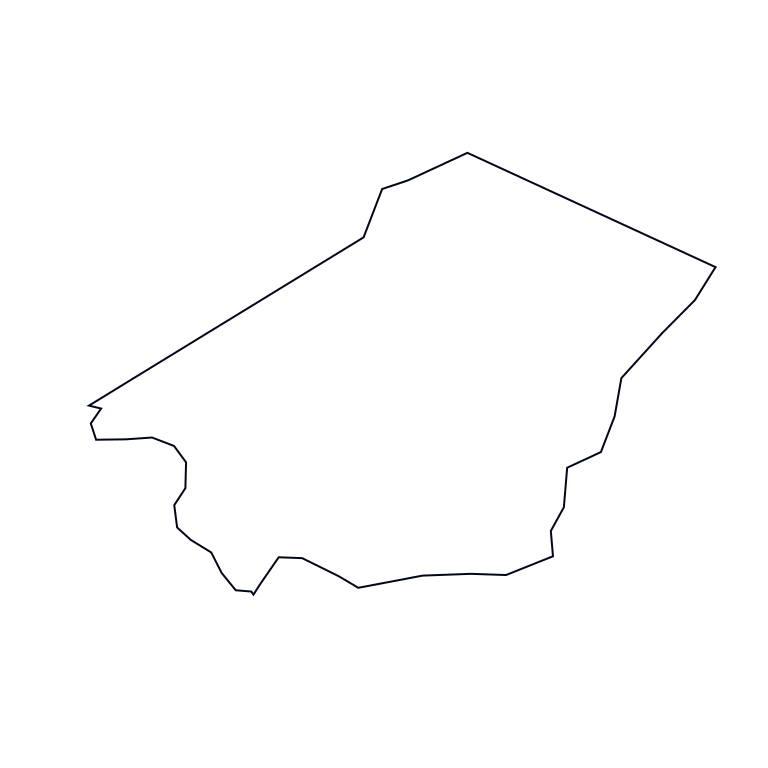 outline of Ti Boug, Soufrière, Saint Lucia, rotated 21°
{"feature_id": "8701671B59760242426432", "entity_name": "Ti Boug", "entity_type": "district", "adm_level": 2, "iso_a3": "LCA", "parent_name": "Saint Lucia", "parent_adm1": "Soufrière", "projection": "orthographic", "projection_center": [-61.025, 13.837], "detail": "fine", "context": "isolated", "style": "outline", "palette": "ink", "viewbox_px": 768, "rotation_deg": 21, "n_neighbors": 0, "source": "geoboundaries", "source_scale": "gbopen_adm2", "svg_char_len": 681}
<svg xmlns="http://www.w3.org/2000/svg" viewBox="0 0 768 768"><g transform="rotate(21 384 384)"><path d="M116.3,509.9L128.7,508.3L124.4,525.9L135.2,539.2L163.0,528.1L186.6,517.1L210.2,517.1L227.3,528.1L235.9,552.4L231.6,572.3L242.3,592.1L259.5,598.8L283.1,603.2L300.2,618.6L319.5,629.7L334.5,625.3L337.6,627.4L340.4,614.0L347.8,583.5L370.0,575.9L410.8,579.7L433.0,583.5L488.6,549.1L533.1,530.1L566.4,518.6L593.5,493.5L603.5,484.3L592.4,461.4L596.1,434.6L585.0,396.5L610.9,369.8L610.9,331.6L603.5,293.4L625.7,236.2L644.2,194.2L650.9,159.7L651.7,156.1L379.0,138.3L333.3,185.4L312.4,202.6L312.4,254.4L165.9,445.2L116.3,509.9Z" fill="none" stroke="#020617" stroke-width="2"/></g></svg>